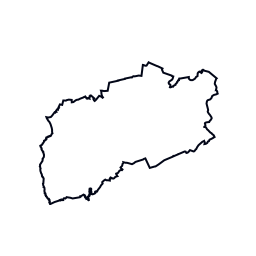 outline of Targu Carbunesti, Gorj, Romania, rotated 341°
{"feature_id": "2599482B79370866887971", "entity_name": "Targu Carbunesti", "entity_type": "district", "adm_level": 2, "iso_a3": "ROU", "parent_name": "Romania", "parent_adm1": "Gorj", "projection": "robinson", "projection_center": [23.515, 44.967], "detail": "fine", "context": "isolated", "style": "outline", "palette": "ink", "viewbox_px": 256, "rotation_deg": 341, "n_neighbors": 0, "source": "geoboundaries", "source_scale": "gbopen_adm2", "svg_char_len": 5734}
<svg xmlns="http://www.w3.org/2000/svg" viewBox="0 0 256 256"><g transform="rotate(341 128 128)"><path d="M94.7,170.3L94.8,169.5L95.4,169.1L97.4,171.0L98.5,171.0L100.1,170.1L100.5,170.2L101.3,170.0L102.3,170.1L102.0,169.1L102.2,168.4L101.8,167.6L101.9,167.3L104.0,167.2L105.2,166.2L106.1,165.6L107.6,165.4L108.6,165.9L109.3,165.4L109.1,165.0L108.5,164.5L108.1,162.9L110.1,161.9L110.7,161.0L111.2,160.1L112.2,159.6L112.6,159.2L112.6,158.9L114.6,160.2L115.1,160.3L116.1,160.8L120.0,163.5L122.1,163.2L124.0,162.5L132.1,162.7L132.9,162.4L134.5,162.4L135.6,172.8L140.7,173.1L141.5,173.3L145.1,172.4L151.8,170.3L160.7,169.7L161.7,169.2L162.0,169.6L162.6,169.5L166.9,169.2L167.1,169.0L167.7,169.1L173.1,168.7L174.1,168.7L174.8,169.1L175.1,170.6L175.8,170.7L176.4,170.7L177.6,170.2L179.4,169.1L181.7,171.0L182.6,171.6L182.9,171.5L184.0,171.1L184.9,170.3L185.6,170.2L187.2,168.6L189.1,167.2L193.7,165.3L195.7,165.0L195.6,165.5L195.9,165.8L195.8,167.1L195.1,168.1L196.4,168.3L198.1,167.9L199.1,166.8L200.2,166.8L201.3,165.6L203.5,165.4L205.7,165.0L205.8,164.8L206.9,164.7L206.7,162.8L205.5,160.9L205.3,160.1L204.5,159.3L203.6,157.4L203.1,156.2L202.4,155.1L201.9,152.8L201.2,152.1L200.5,151.9L200.6,151.6L201.3,151.5L202.0,150.9L202.2,149.7L202.1,149.0L202.6,148.3L203.2,148.2L204.6,148.3L206.7,148.8L207.7,147.8L208.4,147.6L209.5,146.8L210.3,146.0L210.4,145.2L210.3,144.6L209.7,142.2L209.2,141.1L208.7,139.1L208.8,138.2L209.4,137.6L209.7,136.7L210.2,130.5L211.3,128.5L212.0,127.9L212.4,127.7L215.1,127.7L216.7,126.8L218.0,125.2L220.0,124.7L222.4,124.9L223.9,124.7L223.8,124.3L224.2,123.0L224.1,121.7L223.7,121.0L223.8,120.6L223.6,120.6L224.8,118.7L224.9,117.5L224.4,114.5L225.3,112.8L227.5,110.1L228.0,109.9L222.7,101.2L218.4,98.4L218.3,97.6L217.7,97.3L216.7,97.6L217.1,98.3L216.4,98.4L216.4,98.7L216.2,98.8L215.5,98.7L215.5,99.0L215.9,99.6L215.4,99.9L213.8,97.9L212.4,98.4L211.7,99.0L210.6,101.6L209.0,101.9L207.5,103.1L205.2,103.7L204.4,103.7L203.0,103.2L202.2,102.5L201.6,101.1L202.1,99.6L193.2,98.2L192.6,97.9L191.8,98.7L191.7,99.4L190.7,99.4L189.9,100.4L189.3,100.5L188.8,101.3L187.3,101.9L187.0,102.6L184.9,102.9L184.1,103.6L183.9,103.5L184.0,103.2L182.0,103.4L181.5,103.2L181.1,103.3L180.9,103.1L181.8,102.0L182.1,100.8L181.2,99.8L181.1,98.7L181.3,98.2L182.3,97.4L185.2,96.7L186.2,96.0L187.6,94.0L186.4,93.1L186.4,92.7L179.4,87.2L179.1,83.9L180.0,83.0L176.0,79.1L175.6,78.9L169.5,73.3L168.9,72.6L165.9,75.0L165.2,75.0L163.2,73.8L162.9,73.6L163.0,73.4L162.6,73.2L157.7,83.1L155.2,81.9L152.0,81.5L150.6,81.2L150.3,80.9L149.3,80.9L148.1,81.5L147.6,81.1L141.2,80.3L141.1,80.6L134.1,79.8L134.1,80.1L125.0,79.0L120.9,86.2L117.4,85.3L115.5,84.2L114.6,83.9L114.6,85.1L114.1,86.7L113.9,87.9L113.9,89.8L114.3,90.9L113.8,91.1L113.0,89.7L111.2,88.2L107.1,90.8L105.3,91.6L104.9,90.9L104.7,89.3L105.7,88.9L103.5,85.1L102.9,85.0L102.6,85.3L102.1,85.4L102.0,85.7L102.1,86.0L101.8,86.2L101.6,86.9L101.0,87.3L101.0,87.6L100.6,87.3L100.7,86.7L100.0,86.6L99.3,87.1L98.5,86.7L98.3,85.9L98.4,85.7L97.8,84.3L97.3,84.6L96.2,84.4L95.7,84.6L92.4,84.7L90.2,85.0L89.0,84.7L87.5,84.8L84.8,85.7L83.2,85.4L83.9,83.1L81.3,81.9L79.0,81.7L78.2,81.9L75.8,80.9L73.3,84.7L71.3,83.5L68.8,86.1L69.2,86.5L68.0,87.4L67.7,87.9L67.1,87.3L65.7,88.2L65.3,88.6L65.5,89.4L64.6,89.3L64.3,89.7L63.8,89.2L60.3,91.6L58.6,92.5L55.9,92.1L54.4,91.2L54.4,92.3L55.0,95.2L55.7,96.8L56.0,99.3L55.9,103.2L55.6,105.1L54.9,107.1L54.8,108.5L53.9,108.8L52.8,110.0L51.7,110.1L51.7,110.3L51.3,110.2L51.1,110.4L50.8,110.4L50.8,110.0L50.6,110.0L50.3,110.3L49.9,110.2L49.6,110.5L49.2,110.5L49.1,110.1L48.8,110.1L47.8,110.7L48.0,110.9L47.7,110.8L47.6,111.1L47.4,110.9L47.2,111.4L47.0,111.5L47.1,111.9L46.7,112.0L46.5,112.4L45.9,112.7L45.5,112.5L44.5,112.7L44.4,113.2L44.2,113.3L44.0,113.7L42.9,114.6L42.2,114.8L42.0,115.3L41.2,115.9L39.3,116.2L39.2,117.2L39.5,117.6L39.5,118.5L39.7,118.9L39.6,119.1L39.6,119.6L39.3,119.8L39.4,121.0L39.8,122.1L40.0,122.4L39.8,122.7L40.1,123.1L39.8,123.6L40.0,124.3L39.8,125.0L39.9,125.6L39.7,126.4L39.0,128.0L37.2,129.4L37.3,129.6L36.4,131.3L32.9,134.0L32.6,135.0L32.1,135.7L32.3,136.1L32.0,137.3L32.2,137.7L31.5,138.8L31.2,140.3L31.2,141.9L31.1,142.2L31.4,143.6L31.2,144.5L31.3,144.8L31.1,145.3L31.0,145.9L31.5,146.5L31.4,147.0L31.7,147.3L31.8,148.4L29.9,152.8L29.5,152.9L29.2,154.5L29.3,156.2L29.1,156.4L29.4,156.6L29.5,157.3L29.0,159.3L28.4,160.3L28.4,161.1L28.2,161.8L28.3,162.0L28.0,162.6L28.6,163.0L28.6,163.3L28.3,163.7L28.4,164.1L28.1,164.5L28.4,164.9L28.4,165.2L28.5,165.3L28.2,165.9L28.9,166.9L28.8,167.6L29.1,167.9L29.3,168.8L29.9,169.1L29.7,169.4L29.7,169.7L30.1,169.7L30.3,170.1L29.9,170.4L30.1,170.7L29.9,171.5L30.2,171.5L30.2,171.9L29.8,172.1L29.6,172.6L29.7,172.8L29.4,173.0L29.6,173.3L29.5,174.4L29.9,174.6L34.5,174.1L39.1,174.2L39.6,173.9L40.4,173.9L40.1,174.2L40.3,174.5L41.1,174.4L43.1,175.0L43.1,174.8L42.8,174.6L44.5,173.6L44.8,173.6L45.1,174.0L45.6,174.3L46.8,173.9L47.4,173.4L50.8,175.2L52.7,176.6L60.0,177.8L60.7,177.6L60.7,177.0L61.6,177.1L64.3,176.5L64.8,177.0L64.8,177.7L65.3,177.8L65.3,178.2L64.9,178.3L64.8,178.8L64.9,179.8L65.4,180.6L65.5,181.5L66.0,181.5L65.8,180.9L65.9,180.7L67.1,183.4L67.5,183.4L67.7,182.6L67.7,179.8L69.1,179.9L69.3,178.8L70.0,178.8L70.1,178.0L70.2,177.9L70.6,176.5L70.8,176.3L70.7,175.7L71.1,175.5L71.3,174.1L71.9,173.0L72.2,173.1L72.3,172.9L73.0,173.0L73.4,173.4L73.3,174.0L72.6,174.7L72.8,174.9L72.7,175.4L72.3,175.8L72.6,176.5L72.3,177.1L72.3,177.9L72.1,178.1L72.0,178.6L72.6,178.7L73.0,179.2L74.0,179.2L75.3,179.1L76.1,178.7L75.9,178.1L76.1,177.7L76.7,178.0L77.1,177.9L77.4,177.5L78.0,178.0L78.3,177.8L79.4,176.7L82.5,174.7L83.7,173.5L85.9,172.3L85.9,171.1L86.2,170.6L86.9,170.4L87.9,169.9L89.7,169.4L90.6,170.4L92.3,171.0L93.7,171.8L94.2,170.2L94.7,170.3Z" fill="none" stroke="#020617" stroke-width="2"/></g></svg>